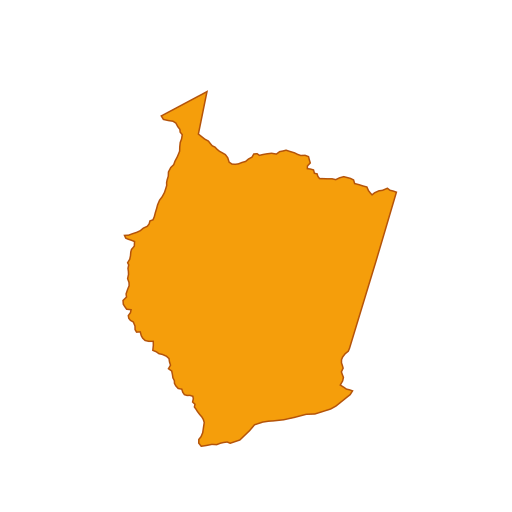 Palmeiras do Tocantins, Tocantins, Brazil (Equal Earth projection), rotated 56°
{"feature_id": "56859067B46130083042183", "entity_name": "Palmeiras do Tocantins", "entity_type": "district", "adm_level": 2, "iso_a3": "BRA", "parent_name": "Brazil", "parent_adm1": "Tocantins", "projection": "equal_earth", "projection_center": [-47.673, -6.586], "detail": "fine", "context": "isolated", "style": "filled", "palette": "amber", "viewbox_px": 512, "rotation_deg": 56, "n_neighbors": 0, "source": "geoboundaries", "source_scale": "gbopen_adm2", "svg_char_len": 2937}
<svg xmlns="http://www.w3.org/2000/svg" viewBox="0 0 512 512"><g transform="rotate(56 256 256)"><path d="M281.6,103.9L278.9,105.9L276.4,108.2L273.3,109.2L272.3,114.4L270.7,117.6L269.9,122.3L270.2,125.6L267.7,126.0L264.7,126.2L260.8,125.5L257.8,128.1L254.5,130.7L251.1,133.7L247.5,132.6L244.5,134.3L242.2,136.3L239.3,138.9L237.9,143.0L237.3,147.2L234.6,149.7L231.9,153.7L229.4,157.1L227.4,160.0L224.5,160.2L222.1,159.4L220.1,161.3L216.8,160.2L214.4,162.2L212.3,164.6L210.1,163.0L209.2,159.0L205.5,157.8L203.0,156.9L200.0,159.0L197.7,162.7L195.0,164.7L192.0,166.4L188.2,169.5L185.1,171.9L184.0,175.0L182.7,178.0L182.9,182.1L179.5,185.7L177.4,189.8L175.7,193.6L174.5,196.9L171.8,197.9L170.2,200.8L171.8,204.0L171.4,208.0L171.8,211.7L170.6,215.4L169.8,219.0L168.4,221.9L166.4,224.5L163.2,225.8L158.7,224.5L154.8,224.7L151.7,226.2L148.8,227.7L145.9,228.6L142.8,229.1L140.1,230.7L137.2,231.0L134.1,231.2L130.5,233.1L126.4,234.4L122.7,235.6L92.3,204.7L86.9,256.2L91.0,256.4L94.6,253.0L97.8,249.5L101.0,248.1L105.0,248.5L108.5,248.3L110.9,249.6L114.2,249.3L117.3,252.2L119.5,255.3L122.8,258.1L126.4,260.7L128.3,263.5L129.9,266.0L132.0,270.0L134.3,273.2L135.0,277.2L137.4,281.6L140.8,284.1L143.2,287.1L145.2,289.1L147.6,290.6L149.8,293.3L152.2,296.4L154.4,300.6L155.8,304.7L158.5,308.9L161.2,312.0L163.6,315.0L166.7,318.5L168.4,321.2L167.6,324.3L169.6,326.6L170.6,329.5L169.9,333.8L170.3,337.9L169.7,341.6L168.4,346.2L167.5,350.0L165.4,353.5L168.4,354.0L170.6,352.6L173.0,350.7L176.1,348.6L179.8,351.4L180.9,355.5L182.7,357.6L185.7,360.0L188.1,362.5L189.8,366.2L192.2,366.5L194.6,369.0L197.4,370.4L200.0,372.0L203.0,375.1L207.0,376.1L209.7,377.8L211.9,381.1L214.8,384.9L217.6,386.3L218.5,391.1L221.8,393.0L224.4,393.1L227.8,393.0L230.7,389.6L232.8,391.8L234.0,395.2L236.5,396.3L239.1,396.1L242.1,394.6L246.4,395.5L249.4,397.4L252.3,397.6L254.2,394.4L258.0,395.7L260.8,395.9L264.0,395.2L266.7,392.7L269.3,388.9L272.7,391.1L276.5,394.3L279.7,392.2L282.7,391.1L285.2,388.7L289.0,386.3L292.4,385.5L295.6,387.0L298.7,387.9L300.5,391.6L304.2,390.2L307.6,391.6L310.5,393.0L313.7,393.4L316.0,394.8L318.8,395.1L322.3,394.6L324.9,392.0L328.0,392.9L330.9,392.9L333.1,391.1L334.6,388.7L337.0,386.8L339.3,387.8L341.6,390.2L344.8,389.5L346.7,391.5L349.3,391.4L352.2,391.5L355.8,391.3L359.2,390.9L362.1,391.1L365.1,392.0L367.9,394.6L370.2,396.7L372.7,399.0L375.0,402.5L376.1,406.0L379.1,408.1L383.1,407.8L385.3,403.2L387.5,397.9L390.4,394.1L391.3,390.2L392.5,387.1L394.1,383.9L396.8,382.1L399.5,372.3L397.2,359.0L395.1,351.6L397.4,343.4L400.0,337.9L402.3,334.0L407.2,324.7L411.5,313.8L415.3,302.9L419.9,295.5L424.6,279.6L425.1,273.6L423.9,259.5L423.6,255.5L421.8,251.4L419.1,253.4L416.9,255.5L414.2,256.5L410.1,258.3L408.0,254.0L405.5,251.4L402.4,250.7L399.8,250.0L397.7,246.5L395.3,245.7L392.4,244.9L389.8,243.1L388.2,240.7L386.9,236.8L386.5,232.7L384.8,230.1L327.7,159.8L309.5,137.7L281.6,103.9Z" fill="#f59e0b" stroke="#b45309" stroke-width="1.5"/></g></svg>